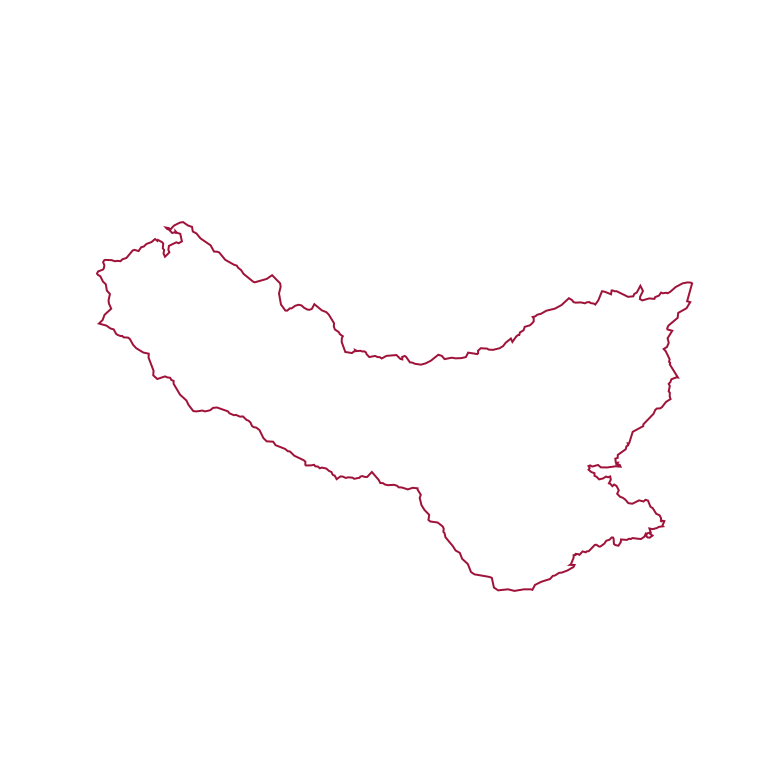 Lopatari, Buzau, Romania (orthographic projection), rotated 284°
{"feature_id": "2599482B38865643072398", "entity_name": "Lopatari", "entity_type": "district", "adm_level": 2, "iso_a3": "ROU", "parent_name": "Romania", "parent_adm1": "Buzau", "projection": "orthographic", "projection_center": [26.556, 45.546], "detail": "fine", "context": "isolated", "style": "outline", "palette": "rose", "viewbox_px": 768, "rotation_deg": 284, "n_neighbors": 0, "source": "geoboundaries", "source_scale": "gbopen_adm2", "svg_char_len": 6143}
<svg xmlns="http://www.w3.org/2000/svg" viewBox="0 0 768 768"><g transform="rotate(284 384 384)"><path d="M556.2,658.6L556.6,657.3L556.1,654.2L553.9,649.4L548.6,643.5L542.4,639.2L540.6,637.1L540.8,635.7L539.5,632.7L539.7,630.7L536.3,629.4L533.9,626.1L532.0,625.8L531.2,620.6L527.6,614.4L528.3,611.8L530.7,611.4L536.9,612.8L541.3,609.0L534.0,607.2L531.8,605.0L529.4,604.7L527.6,599.7L530.3,587.3L529.8,585.6L530.1,583.0L529.8,582.2L526.0,582.6L526.9,575.9L526.8,573.1L517.0,571.7L512.2,569.8L512.8,568.0L512.5,564.9L513.2,563.5L512.3,561.0L510.9,559.4L510.8,555.2L509.3,550.3L509.3,548.1L510.9,546.1L512.0,542.7L503.5,537.1L498.4,531.5L494.4,523.8L490.0,519.2L488.3,515.9L486.2,514.4L485.0,512.1L483.9,513.4L480.9,514.1L478.4,512.9L476.2,511.3L473.5,506.7L469.9,506.4L466.9,503.4L464.3,503.4L464.0,502.3L462.1,500.8L455.9,498.4L458.8,496.1L453.5,492.1L449.6,490.4L446.6,487.4L443.5,481.5L442.7,477.3L443.3,475.5L442.1,469.2L439.0,467.2L436.6,467.9L435.6,467.3L434.8,458.1L429.9,456.9L427.8,452.7L426.2,447.2L425.9,443.3L422.8,436.8L425.3,433.2L425.5,429.6L417.9,423.8L414.0,419.3L411.7,415.1L411.1,409.2L411.6,406.1L411.3,403.9L415.7,398.8L416.2,397.2L414.6,395.1L412.3,395.8L412.3,393.9L415.1,389.1L411.9,379.6L408.2,375.6L409.0,373.5L408.6,371.2L409.1,368.6L406.6,363.2L408.8,359.8L410.3,358.8L410.9,357.1L410.3,355.1L410.5,352.9L409.5,350.2L410.0,347.7L408.9,348.4L408.2,346.8L406.3,345.5L405.7,338.7L414.5,332.8L418.2,332.0L420.4,332.5L421.6,329.3L423.5,327.4L425.0,323.2L427.6,321.4L430.9,320.8L438.0,313.6L439.8,310.6L440.4,305.9L444.6,297.1L439.4,295.8L438.0,293.8L437.7,291.7L438.6,288.1L440.3,284.8L440.2,281.9L438.4,278.9L435.0,276.0L434.6,274.3L431.8,272.4L431.4,270.5L436.2,264.8L446.5,260.2L453.3,260.2L456.5,258.9L462.5,249.1L457.6,244.8L451.4,234.0L451.5,232.6L456.8,221.2L460.0,217.7L461.5,214.3L463.3,212.5L463.4,209.7L466.1,199.9L471.8,192.2L472.0,190.2L471.4,187.0L476.6,182.2L480.9,170.7L484.7,165.6L485.7,161.6L490.0,159.7L490.4,155.3L492.5,149.9L491.2,146.9L486.9,141.9L482.6,139.6L483.2,137.3L483.0,134.5L482.0,136.0L481.7,138.1L479.3,141.9L480.4,144.0L480.3,145.1L481.9,144.6L480.7,146.3L480.4,150.0L473.5,153.4L470.9,150.7L471.2,148.2L466.0,141.9L462.0,142.3L459.8,143.9L454.5,140.7L457.3,138.5L460.7,138.3L462.2,136.5L466.9,135.8L467.9,134.4L469.1,129.8L468.0,129.5L469.3,126.8L465.4,124.0L462.5,119.7L459.3,117.7L457.9,115.3L453.6,113.7L453.8,109.4L452.7,107.8L444.0,103.6L441.7,100.0L439.4,98.6L439.0,95.4L438.0,93.2L438.3,89.8L436.9,83.2L436.1,82.4L434.2,82.0L431.5,84.0L428.2,84.1L427.0,83.6L424.1,79.4L421.8,78.8L420.8,79.7L419.9,82.7L415.4,86.5L413.5,89.9L407.6,92.5L405.0,96.3L398.4,96.5L395.4,97.7L391.1,101.1L383.5,96.1L378.0,95.5L373.7,92.8L373.5,100.6L371.7,105.1L371.6,108.5L367.9,111.9L367.2,113.6L366.8,116.7L367.3,118.3L366.3,120.0L367.1,124.5L366.1,126.6L361.3,131.1L358.8,134.9L356.3,142.9L356.5,148.4L352.6,149.2L341.1,157.2L336.6,158.0L334.0,162.8L338.4,169.7L338.0,172.3L338.3,175.0L336.5,176.6L336.1,179.1L333.3,179.8L324.3,188.7L320.2,196.3L316.6,199.2L311.6,205.5L312.0,208.6L314.3,214.2L314.1,217.0L316.5,221.7L319.5,223.9L320.8,227.7L319.7,239.2L318.2,241.1L317.4,246.0L318.2,247.8L317.5,252.2L318.4,255.0L315.9,259.3L315.6,261.4L314.4,263.7L311.3,266.1L310.6,268.1L310.8,270.6L309.2,274.3L302.3,280.1L300.0,284.1L301.2,290.4L298.4,293.6L297.1,303.7L295.5,307.0L295.8,309.0L292.7,314.3L290.6,324.6L289.6,326.5L286.6,327.2L286.1,328.0L287.3,332.7L288.7,335.7L287.5,337.2L287.9,339.9L286.7,342.1L287.9,344.1L288.0,348.5L286.3,351.8L285.9,354.3L283.8,355.9L283.2,356.9L283.3,358.2L280.2,361.1L283.8,364.1L284.2,366.4L283.6,369.6L284.8,371.9L285.5,376.1L284.8,378.0L287.1,382.9L288.5,383.5L289.4,385.3L289.2,387.8L289.8,390.2L295.7,393.5L289.6,402.1L287.0,404.4L287.6,406.8L286.7,409.3L286.8,412.4L288.6,418.1L288.4,421.4L287.3,423.2L287.9,426.4L287.5,432.6L290.2,436.9L290.9,441.8L289.6,442.2L285.4,446.5L282.1,446.2L275.5,449.7L271.6,453.7L268.0,459.5L262.9,460.0L261.8,462.1L262.6,469.6L260.0,475.4L258.2,476.9L254.9,477.4L254.0,478.8L250.2,480.7L243.2,490.2L239.8,493.7L238.5,498.4L233.3,502.1L229.6,508.9L222.6,513.9L221.2,517.8L222.3,532.9L222.0,535.5L213.1,539.9L211.4,544.7L214.8,554.0L214.8,560.6L218.6,569.4L220.3,576.2L220.2,577.8L225.6,579.1L230.1,584.4L235.0,592.3L238.5,594.1L239.8,596.5L243.1,599.5L244.1,602.3L247.5,607.2L252.4,612.2L254.5,612.6L253.5,608.2L254.4,609.0L261.2,610.0L263.8,609.4L264.4,611.2L265.5,611.0L265.9,613.4L265.5,615.0L269.6,617.2L269.5,620.5L270.7,621.3L271.3,623.1L278.9,627.5L279.4,628.9L278.3,632.2L278.7,633.3L282.4,636.4L285.7,637.6L287.4,640.4L290.2,642.1L290.4,643.5L289.4,644.2L284.4,645.8L283.7,647.4L283.8,650.6L288.0,652.0L290.5,651.6L291.5,657.4L293.2,659.3L293.2,660.9L294.6,662.3L295.7,670.8L298.8,673.6L302.3,674.2L302.2,675.4L300.7,675.0L299.4,675.9L298.9,677.0L299.2,679.0L301.9,681.2L303.6,677.0L304.5,678.7L308.0,676.5L308.2,679.9L310.4,683.8L311.9,685.3L313.4,689.1L313.8,688.4L318.8,689.2L318.7,687.4L317.8,686.3L318.1,685.8L320.8,685.3L323.3,683.1L323.9,679.6L328.6,674.7L329.4,672.2L334.7,668.4L334.9,665.7L332.8,664.3L332.8,659.7L327.9,653.9L327.5,649.9L330.3,645.9L331.4,643.1L331.7,640.3L333.9,636.8L337.7,637.5L341.3,634.3L342.1,631.6L340.1,630.3L341.9,627.8L342.0,626.3L346.1,627.2L349.0,625.8L347.7,624.0L347.9,621.8L345.3,619.3L343.5,615.8L345.4,612.7L345.8,610.5L348.4,609.8L348.7,606.5L350.3,603.2L352.2,603.9L353.8,602.3L354.9,603.7L354.3,606.0L357.2,611.3L355.6,614.6L357.0,620.7L360.2,628.7L361.0,633.5L362.3,632.5L361.7,631.7L362.4,631.3L361.9,630.4L362.8,630.1L362.6,629.3L364.2,629.9L363.7,628.0L367.5,626.5L368.9,628.6L371.8,628.0L379.1,634.3L382.1,634.3L383.6,635.7L385.3,634.9L385.2,635.9L385.8,636.2L397.8,636.9L405.8,645.7L407.6,645.4L420.2,652.7L424.6,653.5L426.2,654.7L427.2,657.9L428.8,659.3L434.9,662.0L438.7,665.7L440.8,664.3L444.8,663.4L445.7,662.0L451.2,661.8L453.0,660.2L455.1,661.4L458.1,661.7L461.2,666.1L461.4,667.6L472.1,656.6L473.7,656.6L474.4,655.3L477.2,655.1L483.9,649.5L485.6,646.9L488.4,649.6L492.9,650.3L497.0,648.1L505.4,650.8L505.5,645.9L506.5,645.3L509.4,645.8L519.2,652.9L524.2,652.3L530.7,659.2L537.5,661.3L537.6,658.1L556.2,658.6Z" fill="none" stroke="#9f1239" stroke-width="2"/></g></svg>